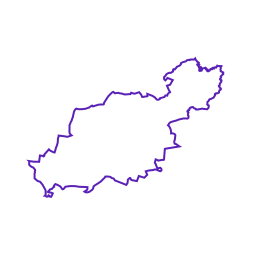 outline of Chalán, Sucre, Colombia, rotated 79°
{"feature_id": "7082276B25475067985173", "entity_name": "Chalán", "entity_type": "district", "adm_level": 2, "iso_a3": "COL", "parent_name": "Colombia", "parent_adm1": "Sucre", "projection": "robinson", "projection_center": [-75.337, 9.572], "detail": "fine", "context": "isolated", "style": "outline", "palette": "violet", "viewbox_px": 256, "rotation_deg": 79, "n_neighbors": 0, "source": "geoboundaries", "source_scale": "gbopen_adm2", "svg_char_len": 5650}
<svg xmlns="http://www.w3.org/2000/svg" viewBox="0 0 256 256"><g transform="rotate(79 128 128)"><path d="M72.5,48.8L73.4,50.2L73.3,51.0L72.9,52.1L72.9,53.0L72.7,53.5L73.0,54.3L73.0,54.7L72.8,54.9L72.7,55.5L72.7,56.7L72.8,57.2L73.5,58.3L73.7,59.1L73.7,60.2L73.8,61.4L74.3,63.2L74.4,63.6L75.0,63.9L75.5,63.9L76.1,64.6L76.7,65.6L77.1,67.7L77.3,68.5L78.0,69.0L78.5,69.6L78.6,70.1L79.4,70.7L79.4,71.4L79.0,71.9L79.2,72.5L80.1,72.9L80.8,72.9L81.3,73.3L81.7,74.9L82.1,75.5L81.7,76.5L81.8,77.8L82.2,79.2L82.7,80.2L83.7,81.1L84.3,81.7L84.6,82.5L85.1,82.9L85.9,83.1L87.0,83.2L88.4,82.3L87.3,80.7L86.4,79.7L89.5,74.9L93.6,78.5L93.9,81.7L98.8,80.6L100.8,79.8L101.0,80.0L101.1,80.8L101.9,82.1L102.6,82.8L103.7,83.3L103.2,85.1L104.5,86.3L104.9,91.0L105.3,91.3L105.7,91.3L105.8,91.5L106.0,92.9L105.9,93.7L105.7,94.1L105.2,94.6L103.1,95.7L103.0,96.0L102.1,96.9L101.3,97.6L98.2,102.5L99.2,102.6L100.5,102.9L100.3,108.1L100.0,108.3L98.6,108.5L97.4,108.9L95.0,110.2L95.6,114.9L95.4,115.5L94.0,118.2L95.2,119.1L95.0,120.2L94.6,124.0L94.1,125.7L93.0,127.4L92.5,129.3L91.6,130.8L91.4,134.1L91.2,134.5L89.9,135.3L89.7,135.6L90.1,136.9L93.0,141.2L94.4,142.6L98.5,146.5L99.2,146.9L99.7,147.0L100.1,147.3L100.2,147.8L99.6,151.1L99.5,152.6L100.1,158.3L99.2,158.8L99.2,159.4L100.5,162.4L100.8,164.5L101.0,166.2L100.7,170.1L100.1,173.1L99.1,175.1L99.4,175.7L100.6,177.1L101.7,177.9L106.8,180.1L108.7,181.3L110.0,181.9L111.4,183.2L112.4,183.7L114.3,185.0L116.0,185.2L120.5,186.2L121.9,186.3L123.2,185.8L124.5,184.8L125.1,189.1L123.8,192.6L122.2,197.5L123.1,197.7L124.9,198.8L126.8,199.2L128.9,199.8L131.4,201.0L133.9,202.6L135.0,203.1L138.0,204.7L137.7,205.5L137.2,206.3L135.5,208.5L134.6,209.3L133.9,209.7L138.0,215.1L138.2,215.3L139.1,215.3L139.8,216.2L139.8,216.4L139.1,217.0L138.2,219.7L144.2,221.7L143.1,226.9L141.5,231.6L142.0,231.3L144.7,232.0L145.4,231.9L146.0,231.6L147.7,230.1L148.4,229.0L149.1,228.3L150.1,227.8L151.1,227.3L151.8,227.2L152.3,227.3L152.8,227.8L154.0,227.8L154.8,228.4L159.5,229.3L159.8,229.2L162.8,226.8L163.7,225.1L164.2,224.4L167.4,222.7L173.0,220.9L174.5,220.8L175.0,220.9L175.1,221.1L176.3,221.2L178.0,221.7L178.5,222.4L178.6,221.9L179.1,221.9L180.0,220.7L179.9,220.0L179.8,219.6L178.9,218.9L179.3,218.3L180.0,218.5L180.9,216.7L179.3,215.3L177.8,214.3L176.8,215.8L176.0,218.2L175.7,218.7L175.4,218.7L174.7,218.0L174.3,217.1L173.5,216.6L173.2,214.1L172.3,213.1L171.9,212.5L171.8,212.0L171.6,211.7L171.0,211.9L170.7,211.7L169.6,210.7L169.2,209.9L170.6,207.8L172.3,205.8L173.0,205.3L175.1,204.4L175.7,203.8L175.7,203.3L175.1,202.2L173.7,200.7L173.9,196.7L174.1,195.1L175.0,190.9L176.3,187.4L178.3,179.1L180.2,179.5L180.5,179.7L181.0,180.2L182.1,182.9L182.9,182.1L183.3,180.9L183.4,179.9L183.3,178.2L181.9,175.1L181.3,174.3L180.6,173.7L178.9,173.0L178.6,172.8L177.9,171.2L175.8,165.9L175.3,164.9L174.7,163.9L173.6,162.4L172.7,160.9L171.9,159.9L171.4,159.6L171.4,159.4L171.5,158.1L171.7,157.7L172.0,156.4L172.3,155.5L172.8,154.4L173.8,153.8L174.9,151.7L176.9,150.9L183.5,140.5L181.9,139.0L181.5,138.8L181.1,138.8L180.5,138.5L178.8,138.0L178.1,137.2L177.7,136.1L177.4,135.8L177.4,135.6L177.8,135.2L179.0,135.0L179.5,134.8L179.9,134.2L181.8,129.4L177.2,126.5L179.9,121.5L177.6,118.1L173.9,118.8L173.7,116.4L173.8,113.9L174.1,111.1L173.8,110.2L173.8,109.6L174.3,108.0L176.4,105.0L176.6,104.7L176.5,104.1L176.2,103.5L175.7,103.1L175.1,103.0L174.2,103.2L173.2,103.9L173.2,105.5L173.4,106.2L173.4,106.5L173.1,106.9L168.4,107.8L167.2,108.3L164.1,106.8L165.5,104.6L165.8,104.5L165.8,100.8L166.1,98.9L165.9,98.7L155.5,95.8L155.5,94.6L155.9,81.0L152.9,84.0L152.4,85.1L151.5,85.3L150.6,85.3L149.4,84.9L148.0,84.1L144.1,82.9L143.3,83.1L142.5,83.8L141.9,85.0L141.5,86.8L140.4,86.4L137.8,86.4L136.4,86.6L134.5,87.2L133.4,87.7L133.0,88.2L131.2,86.5L130.7,85.7L130.4,84.9L130.1,82.4L129.9,79.3L129.4,76.6L129.2,71.9L130.0,68.0L130.0,67.4L129.6,66.8L128.3,66.4L127.7,66.3L127.0,66.7L126.0,66.6L124.9,66.1L124.5,65.7L123.8,65.8L123.5,66.2L123.4,66.0L122.9,66.2L122.3,66.1L122.1,65.8L122.1,64.6L121.7,64.2L120.6,64.0L120.0,63.1L120.0,62.2L119.7,61.9L119.8,61.1L119.7,60.6L119.8,60.3L121.3,59.3L121.6,58.6L122.2,57.8L122.8,57.7L123.2,55.5L123.1,54.7L123.2,53.1L123.1,51.8L123.3,50.8L123.7,50.3L123.9,49.2L124.2,48.4L124.7,46.7L123.8,45.4L123.3,45.0L122.0,44.5L121.2,44.5L120.9,45.2L120.3,45.4L120.0,45.7L119.4,45.4L118.4,45.3L117.4,44.9L116.9,43.8L116.4,43.3L115.7,42.9L115.4,42.6L115.3,41.2L114.5,38.2L112.6,36.4L111.5,36.3L111.2,36.2L111.1,35.8L111.2,35.4L110.7,34.9L111.0,33.7L110.6,32.0L109.4,31.6L108.4,30.9L108.1,29.8L107.9,29.6L106.9,29.3L105.8,30.4L105.0,30.3L104.3,30.8L104.0,30.8L103.5,29.8L102.1,29.5L101.6,29.1L101.2,28.3L100.0,27.4L99.0,27.1L98.8,27.2L98.8,27.9L97.6,28.4L97.2,28.2L96.2,27.0L95.3,27.2L95.0,27.1L93.3,24.3L93.1,24.1L92.2,24.5L91.6,24.0L90.8,25.1L90.4,25.4L90.1,26.1L89.9,26.2L89.1,26.0L88.1,26.1L87.3,25.6L86.1,25.5L85.3,24.5L85.1,24.4L85.0,24.6L84.5,27.3L84.2,28.4L83.9,28.6L84.7,29.4L85.3,29.6L85.5,29.8L85.5,30.2L85.1,30.9L85.0,31.5L86.0,32.3L85.1,33.1L85.1,33.6L85.4,33.9L86.1,34.0L86.4,34.2L86.4,34.5L85.9,35.2L85.9,35.9L86.1,36.1L87.1,36.7L87.7,38.4L87.6,38.8L87.1,39.3L86.3,38.5L85.8,38.6L85.5,39.1L85.5,40.1L85.4,40.3L85.1,40.3L84.4,40.0L83.7,40.3L83.5,40.6L83.8,41.6L83.8,43.5L84.4,44.1L85.4,44.5L85.7,44.8L85.7,45.5L85.7,46.6L85.5,47.0L84.7,47.1L84.2,46.9L84.0,46.5L83.8,45.8L83.9,45.6L84.5,45.2L83.7,44.5L82.7,44.5L82.0,44.9L82.2,45.3L82.8,46.0L82.7,46.5L82.3,46.8L81.7,46.9L81.0,46.7L80.5,47.2L80.1,47.3L79.9,46.4L79.6,46.1L79.4,46.4L79.5,47.1L79.5,47.7L79.3,47.9L79.0,48.0L78.7,47.8L78.6,47.0L78.3,46.2L77.5,46.0L76.8,46.5L76.6,47.0L76.3,47.3L75.3,47.7L74.1,48.5L72.5,48.8Z" fill="none" stroke="#5b21b6" stroke-width="2"/></g></svg>